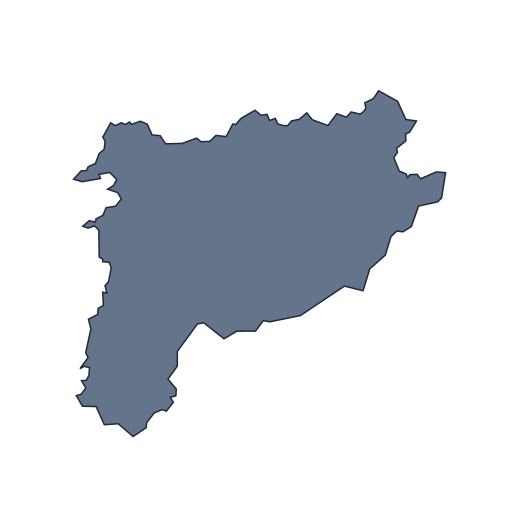 Hinthada, Ayeyarwady, Myanmar (orthographic projection), rotated 80°
{"feature_id": "60261553B48695999525720", "entity_name": "Hinthada", "entity_type": "district", "adm_level": 2, "iso_a3": "MMR", "parent_name": "Myanmar", "parent_adm1": "Ayeyarwady", "projection": "orthographic", "projection_center": [95.142, 17.923], "detail": "medium", "context": "isolated", "style": "filled", "palette": "slate", "viewbox_px": 512, "rotation_deg": 80, "n_neighbors": 0, "source": "geoboundaries", "source_scale": "gbopen_adm2", "svg_char_len": 1938}
<svg xmlns="http://www.w3.org/2000/svg" viewBox="0 0 512 512"><g transform="rotate(80 256 256)"><path d="M257.7,107.1L254.0,97.9L235.0,87.2L234.2,67.7L231.1,63.2L206.9,54.8L204.5,63.8L208.5,80.6L203.5,83.1L202.6,90.2L204.9,93.1L201.4,93.8L197.3,100.1L183.1,103.2L178.6,98.7L174.3,98.9L168.7,88.4L161.9,87.5L160.8,83.3L150.9,74.5L147.6,84.7L128.2,89.7L114.6,106.6L121.4,113.1L124.0,122.2L129.9,122.2L132.9,125.7L134.3,128.8L130.7,137.4L135.0,142.8L129.9,151.7L140.0,162.5L131.6,176.9L123.8,181.1L128.9,189.7L129.1,197.6L133.2,202.3L132.2,206.6L129.8,211.5L123.8,213.1L124.9,219.0L118.5,220.5L118.2,226.7L112.3,231.7L117.9,247.0L123.0,253.1L122.0,256.0L133.2,264.6L130.3,274.6L135.1,281.5L133.9,290.4L129.6,294.0L132.3,309.2L129.8,325.6L120.8,329.5L118.8,337.3L107.2,340.2L103.2,346.4L104.8,355.6L102.1,357.2L103.8,362.0L101.4,365.5L103.2,371.9L99.6,376.0L112.3,386.2L116.7,384.7L124.4,386.9L127.9,392.7L137.0,398.1L139.0,405.8L142.4,408.1L141.8,413.4L148.7,422.3L152.6,414.5L152.7,395.6L148.4,396.5L148.3,385.5L156.6,379.9L161.8,384.1L164.5,390.6L169.5,381.2L176.5,378.8L182.5,385.6L182.4,395.3L189.3,399.6L191.6,407.1L194.6,408.1L192.3,414.2L196.6,421.5L199.4,416.4L198.3,409.8L203.2,406.3L229.8,410.6L232.7,407.3L235.0,408.1L236.7,401.7L242.4,400.6L255.5,405.6L259.0,409.8L266.6,409.4L265.0,413.2L278.2,414.9L280.1,420.5L286.1,422.1L289.1,432.0L299.3,431.3L321.6,440.5L326.8,439.0L336.4,448.9L334.8,444.4L337.0,439.4L344.5,441.2L349.0,444.9L348.4,449.5L356.5,446.5L361.7,452.1L362.3,457.2L373.8,453.0L376.5,439.6L395.8,434.7L397.3,420.8L412.4,408.4L406.0,394.0L401.1,392.6L393.0,383.6L391.0,375.2L393.2,371.2L385.6,362.7L380.3,365.0L379.8,359.2L373.2,357.6L361.9,364.1L350.9,352.7L336.2,350.0L312.8,325.5L312.7,319.0L332.0,301.9L326.7,287.9L329.9,269.5L321.0,260.1L323.2,253.8L322.4,222.7L301.0,174.2L308.8,156.6L288.3,146.1L277.6,128.5L260.3,119.7L255.9,113.0L257.7,107.1Z" fill="#64748b" stroke="#1e293b" stroke-width="1.5"/></g></svg>